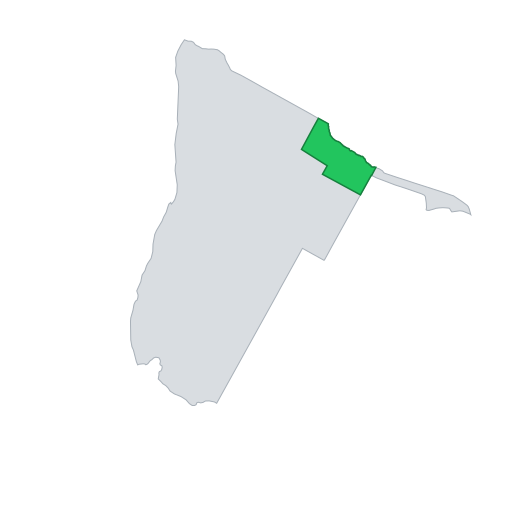 Kavango highlighted on a map of Namibia, rotated 29°
{"feature_id": "NAM-3354", "entity_name": "Kavango", "entity_type": "Region", "adm_level": 1, "iso_a3": "NAM", "parent_name": "Namibia", "parent_adm1": "", "projection": "mercator", "projection_center": [19.863, -18.289], "detail": "fine", "context": "in_parent", "style": "filled", "palette": "green", "viewbox_px": 512, "rotation_deg": 29, "n_neighbors": 0, "source": "natural_earth", "source_scale": "10m", "svg_char_len": 4446}
<svg xmlns="http://www.w3.org/2000/svg" viewBox="0 0 512 512"><g transform="rotate(29 256 256)"><path d="M377.3,111.8L382.7,110.7L387.7,109.7L393.6,108.7L398.4,107.9L399.5,107.6L410.9,108.6L415.9,109.3L417.6,109.9L419.8,111.6L423.9,115.8L422.9,115.6L415.3,116.5L412.4,117.6L405.9,122.5L404.5,121.9L402.9,120.9L401.6,120.6L398.8,121.8L395.9,123.2L392.8,125.2L390.2,127.1L389.3,128.2L385.3,132.2L384.0,132.9L382.8,133.2L382.3,133.0L381.8,131.3L379.3,127.2L375.3,121.9L374.1,121.4L373.3,121.2L370.4,121.4L361.8,122.9L354.5,124.2L343.4,126.4L331.4,128.1L324.0,129.2L317.6,129.5L317.6,134.8L317.7,145.5L317.7,156.2L317.7,166.9L317.7,177.7L317.7,188.5L317.7,199.3L317.7,210.2L317.8,221.0L317.8,225.8L317.6,226.8L313.9,226.8L305.6,226.8L298.6,226.8L292.9,226.8L292.9,233.3L292.9,241.0L292.9,248.7L292.9,256.4L292.9,264.2L292.9,271.9L293.0,279.7L293.0,287.5L293.0,295.3L293.0,301.2L293.0,301.9L293.0,313.4L293.0,325.6L293.0,337.9L293.0,350.2L293.0,362.5L293.0,375.0L293.0,387.4L293.0,399.9L293.0,403.9L290.4,403.8L285.3,405.4L282.0,407.4L280.6,409.8L278.8,411.3L276.4,411.9L275.4,413.1L275.7,415.1L274.7,416.6L272.7,417.7L269.3,417.4L264.6,415.7L258.7,415.3L251.5,416.2L246.4,415.8L243.2,414.1L239.9,413.1L236.4,412.9L234.3,412.1L230.1,410.9L229.3,408.7L228.8,407.0L227.7,405.3L227.5,403.9L228.5,402.8L228.6,401.1L227.9,398.8L226.8,397.6L225.1,397.7L224.1,396.8L223.7,394.9L222.7,393.5L220.4,392.1L217.4,393.1L215.9,394.8L215.1,397.4L214.3,398.6L213.9,400.8L213.7,402.3L213.0,403.9L212.2,404.6L211.3,404.3L209.7,404.9L206.3,407.3L205.3,408.6L202.5,406.3L194.4,397.7L191.5,395.5L187.2,390.2L177.9,374.0L176.5,370.9L174.7,363.1L172.7,357.3L172.5,354.0L173.4,352.1L172.8,349.5L171.8,347.3L168.6,344.3L167.7,334.3L165.6,327.9L166.0,322.6L165.0,317.8L164.9,314.8L165.4,308.9L163.6,302.2L160.2,295.6L157.0,286.2L156.6,282.1L156.9,271.0L156.3,266.5L156.3,261.3L155.1,255.8L154.6,252.8L155.5,250.5L156.0,251.2L156.9,251.6L157.5,248.4L157.6,245.7L156.1,238.9L152.6,231.9L143.9,220.6L141.8,216.3L140.6,212.7L131.0,197.9L126.8,187.5L123.9,178.5L120.8,174.4L106.3,145.4L103.1,140.8L97.3,135.3L96.0,133.5L93.8,128.2L89.4,121.2L88.3,114.7L88.1,107.3L88.6,101.6L92.5,101.0L95.3,99.5L97.8,99.4L100.3,100.6L102.9,100.7L103.9,100.5L108.6,100.7L111.2,99.3L114.4,98.0L116.3,96.8L118.9,95.5L122.3,94.3L124.2,94.4L126.6,94.9L129.8,95.4L131.6,96.2L133.7,98.8L137.0,101.2L139.4,102.6L142.2,104.5L143.0,105.2L144.3,105.6L145.0,105.8L150.2,105.5L154.9,105.2L159.9,105.2L169.4,105.2L178.9,105.3L188.4,105.3L197.9,105.3L207.4,105.3L216.9,105.3L226.4,105.3L235.9,105.3L239.8,105.4L246.5,105.4L253.7,105.5L254.5,105.7L255.3,106.2L255.9,106.7L258.4,110.0L261.7,113.4L264.3,115.1L267.5,116.0L270.5,116.4L273.3,116.2L278.0,116.6L284.5,117.7L291.3,118.1L298.3,117.6L303.2,118.2L306.1,119.9L309.0,121.1L312.0,121.7L316.0,121.3L321.1,120.0L325.4,120.2L327.4,121.2L328.6,121.2L336.1,119.8L342.1,118.7L351.1,116.9L358.6,115.5L369.6,113.3L377.3,111.8Z" fill="#d9dde1" stroke="#a8b0b8" stroke-width="1"/><path d="M243.8,105.3L247.2,105.3L253.6,105.3L254.9,105.3L255.1,105.3L255.2,105.7L255.4,105.8L255.5,105.9L255.9,106.9L256.0,107.2L256.7,107.4L257.5,109.1L257.6,109.3L257.9,109.5L259.2,110.6L259.3,110.8L259.4,111.3L259.6,111.5L259.8,111.7L260.2,112.0L260.5,112.1L261.9,113.6L262.4,114.3L262.7,114.6L263.7,114.8L265.9,115.9L269.2,116.5L271.3,116.4L272.1,116.1L272.6,116.0L272.9,116.0L273.7,116.1L274.8,116.1L275.2,116.3L279.1,117.5L283.4,117.4L284.8,117.1L285.3,117.1L285.8,117.2L286.1,117.7L286.3,117.9L286.8,118.1L287.4,118.3L287.8,118.3L287.9,118.2L288.2,117.7L288.3,117.6L292.3,117.6L293.2,118.1L294.1,118.4L294.3,118.5L295.8,118.3L296.4,118.3L296.8,118.3L297.1,118.1L297.3,118.3L297.7,118.0L298.3,117.8L298.9,117.9L299.5,118.1L300.4,117.4L300.6,117.6L301.0,117.5L301.8,117.4L302.1,117.5L303.1,118.3L303.7,118.1L304.3,118.4L304.9,118.9L305.4,119.5L305.6,119.7L306.5,120.1L307.2,120.6L307.5,120.8L308.1,120.6L309.1,120.6L310.0,120.7L310.4,120.9L310.6,121.1L311.0,121.3L311.4,121.3L311.6,121.2L311.8,121.0L312.2,121.1L312.9,121.5L313.5,122.0L314.1,121.9L314.8,121.7L315.7,121.5L316.0,120.8L317.9,120.3L318.1,129.5L317.7,129.5L317.7,130.2L317.7,131.3L317.7,132.4L317.7,133.4L317.7,134.5L317.7,135.6L317.7,136.7L317.7,137.7L317.7,138.8L317.7,139.9L317.7,140.9L317.7,142.0L317.7,143.1L317.7,144.1L317.7,145.2L317.7,146.3L317.7,147.4L317.7,150.6L317.7,151.9L274.5,152.3L274.5,142.5L248.7,141.0L244.1,140.7L243.8,115.1L243.8,105.3Z" fill="#22c55e" stroke="#15803d" stroke-width="1.5"/></g></svg>